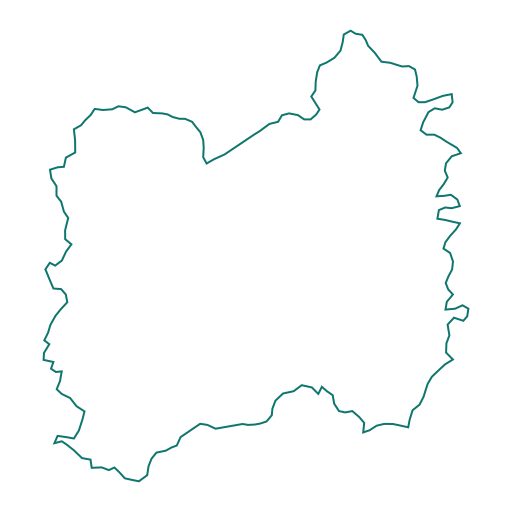 André da Rocha, Rio Grande do Sul, Brazil
{"feature_id": "56859067B25456576181088", "entity_name": "André da Rocha", "entity_type": "district", "adm_level": 2, "iso_a3": "BRA", "parent_name": "Brazil", "parent_adm1": "Rio Grande do Sul", "projection": "albers", "projection_center": [-51.497, -28.59], "detail": "fine", "context": "isolated", "style": "outline", "palette": "teal", "viewbox_px": 512, "rotation_deg": 0, "n_neighbors": 0, "source": "geoboundaries", "source_scale": "gbopen_adm2", "svg_char_len": 2906}
<svg xmlns="http://www.w3.org/2000/svg" viewBox="0 0 512 512"><path d="M457.0,147.9L446.6,141.8L440.5,137.7L434.3,134.7L426.5,134.7L420.6,130.2L423.2,122.2L428.5,112.1L434.7,108.3L442.2,109.7L449.3,107.4L452.6,102.3L451.7,94.1L442.8,95.9L432.7,99.6L425.0,102.2L418.5,102.2L413.5,97.9L417.5,85.7L416.7,76.6L415.0,69.5L409.0,66.1L402.2,66.5L396.9,64.9L390.3,62.8L381.4,61.7L374.7,52.7L368.1,45.8L365.8,40.2L362.3,34.8L355.5,33.7L350.6,30.7L343.8,34.5L342.7,42.1L340.5,50.6L334.4,57.8L326.7,62.5L319.9,65.4L317.2,72.2L315.7,81.7L315.4,90.5L311.3,96.5L319.5,109.5L316.3,114.4L310.6,119.4L304.2,119.4L297.9,115.1L289.0,113.4L281.9,115.3L278.1,121.8L269.5,123.9L264.7,127.4L259.9,131.0L254.1,134.6L224.5,154.5L214.1,159.2L206.6,163.5L203.2,157.2L203.7,148.0L203.2,140.0L200.4,132.3L196.2,127.2L192.1,121.8L185.0,118.8L179.5,118.8L172.6,117.0L167.6,114.4L162.2,113.4L153.0,113.0L147.7,107.6L142.1,109.7L134.9,112.3L125.8,107.3L118.4,106.3L112.2,109.3L102.9,110.0L94.7,108.9L90.6,115.1L85.5,119.9L81.0,125.3L73.9,129.3L75.1,140.4L75.2,152.5L65.9,157.6L63.9,166.8L57.6,167.3L50.0,169.7L51.4,178.5L56.5,186.2L56.5,195.7L61.2,201.7L63.9,211.6L68.2,218.0L66.6,224.3L65.1,230.4L65.2,239.2L71.4,244.3L66.0,251.7L61.9,260.5L55.2,265.6L49.8,262.8L45.4,269.3L49.2,278.6L53.4,288.5L61.1,289.1L65.8,294.5L67.3,302.2L60.4,309.7L55.5,315.8L50.4,324.9L48.1,332.6L44.3,340.4L49.3,344.2L44.0,352.9L43.6,359.9L53.4,362.0L51.0,368.7L55.9,372.0L61.7,371.4L60.0,381.1L56.7,389.2L61.8,394.0L70.1,398.0L76.5,406.2L84.5,411.4L82.4,419.6L78.9,430.5L73.9,438.5L66.8,437.2L57.6,435.9L54.4,443.2L61.8,441.3L67.1,444.9L73.9,450.3L82.0,458.1L90.5,459.6L91.7,467.8L101.7,467.4L108.9,470.1L114.4,467.5L119.2,472.1L124.8,478.3L131.6,479.8L138.9,481.3L147.2,475.2L148.5,466.4L151.5,458.7L156.4,452.6L165.7,450.7L171.5,447.5L176.8,445.5L180.6,437.1L186.1,433.4L192.9,428.7L200.2,423.8L207.4,424.9L215.6,428.7L242.5,424.0L248.1,424.9L254.4,424.6L260.0,423.6L266.5,421.5L271.8,415.2L272.4,408.7L275.4,400.7L283.0,393.5L293.7,391.2L301.7,385.2L311.8,387.4L318.3,393.9L321.9,386.8L326.9,391.2L332.7,395.2L334.2,403.7L339.0,411.1L345.2,412.4L352.3,411.1L359.3,417.1L364.2,422.9L363.2,432.4L369.5,430.3L376.6,425.7L384.2,423.9L392.9,424.0L400.6,425.6L408.2,427.3L409.7,419.5L412.6,410.2L419.5,404.7L423.6,396.7L425.8,389.6L427.7,383.8L431.9,376.7L439.6,369.4L445.0,364.4L452.9,359.5L446.1,352.6L446.4,343.4L449.4,335.3L447.6,324.6L454.0,317.7L463.3,320.8L467.2,316.4L468.4,308.7L462.5,305.3L455.1,308.7L445.5,309.6L446.8,301.8L452.9,294.5L448.2,289.4L445.7,283.0L448.6,276.0L452.1,269.5L453.0,261.5L450.1,253.0L443.5,248.6L445.4,242.2L450.1,235.9L456.0,229.4L459.9,223.3L452.4,221.7L445.4,220.0L437.4,218.7L438.9,210.1L445.2,207.5L451.6,208.2L459.8,206.1L457.3,199.5L450.9,194.8L443.6,195.9L436.5,196.3L439.2,190.0L443.7,184.2L447.7,177.5L444.8,170.7L446.0,163.3L451.7,156.3L460.8,153.2L457.0,147.9Z" fill="none" stroke="#0f766e" stroke-width="2"/></svg>